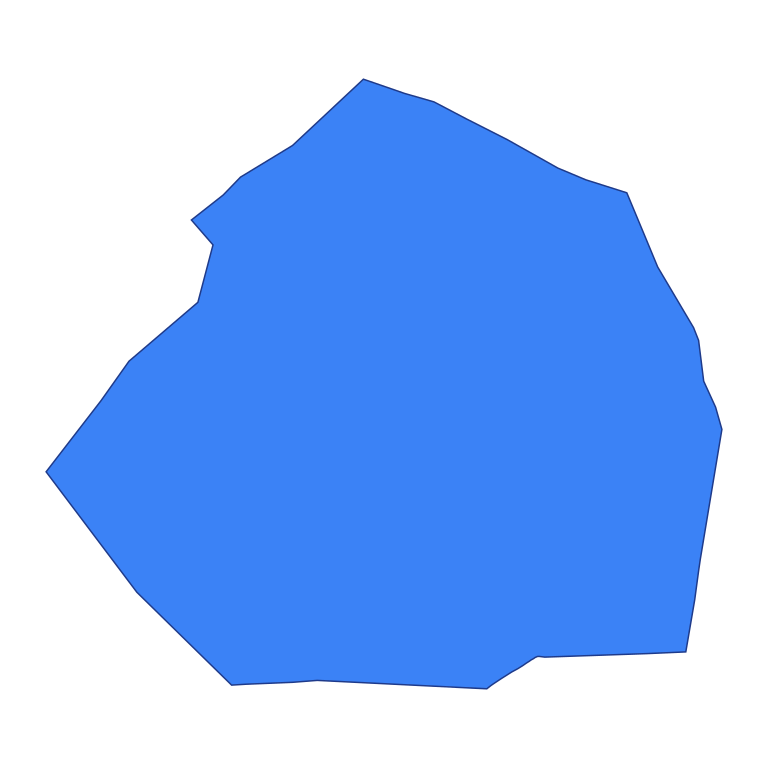 the district of Delgerex, Dornogovi, Mongolia
{"feature_id": "93677404B19423988530826", "entity_name": "Delgerex", "entity_type": "district", "adm_level": 2, "iso_a3": "MNG", "parent_name": "Mongolia", "parent_adm1": "Dornogovi", "projection": "robinson", "projection_center": [111.393, 45.854], "detail": "fine", "context": "isolated", "style": "filled", "palette": "blue", "viewbox_px": 768, "rotation_deg": 0, "n_neighbors": 0, "source": "geoboundaries", "source_scale": "gbopen_adm2", "svg_char_len": 777}
<svg xmlns="http://www.w3.org/2000/svg" viewBox="0 0 768 768"><path d="M231.6,685.1L246.3,684.2L292.7,682.3L317.2,680.4L486.8,688.8L491.0,685.5L493.9,683.5L501.6,678.4L511.7,672.0L517.8,668.7L523.2,665.3L526.5,663.0L528.1,662.0L529.1,661.4L530.2,660.6L531.2,659.9L533.4,658.7L534.0,658.3L534.9,657.6L535.8,657.2L537.4,656.5L539.0,656.4L544.8,657.1L647.1,653.6L685.8,651.9L694.7,599.9L698.7,570.2L700.3,559.3L721.9,429.4L715.6,407.2L703.7,381.2L698.6,340.4L693.6,327.7L657.7,267.0L644.2,234.5L626.8,192.8L585.8,179.8L557.9,168.1L507.4,139.7L466.2,118.8L434.0,101.9L404.5,93.4L363.4,79.2L292.5,145.5L240.5,177.1L223.2,195.0L191.4,220.0L213.0,244.9L197.9,302.3L129.0,361.2L101.0,400.7L46.1,471.8L136.9,592.3L231.6,685.1Z" fill="#3b82f6" stroke="#1e3a8a" stroke-width="1.5"/></svg>